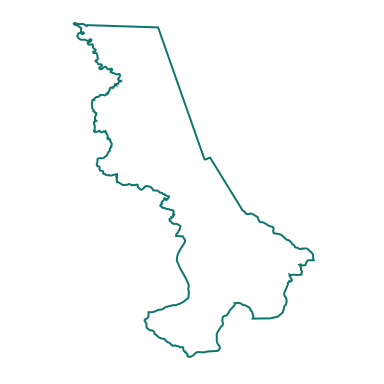 outline of Tiwintza, Morona Santiago, Ecuador, rotated 272°
{"feature_id": "8360857B5800321951611", "entity_name": "Tiwintza", "entity_type": "district", "adm_level": 2, "iso_a3": "ECU", "parent_name": "Ecuador", "parent_adm1": "Morona Santiago", "projection": "natural_earth1", "projection_center": [-77.964, -2.98], "detail": "fine", "context": "isolated", "style": "outline", "palette": "teal", "viewbox_px": 384, "rotation_deg": 272, "n_neighbors": 0, "source": "geoboundaries", "source_scale": "gbopen_adm2", "svg_char_len": 5916}
<svg xmlns="http://www.w3.org/2000/svg" viewBox="0 0 384 384"><g transform="rotate(272 192 192)"><path d="M128.1,316.0L129.6,315.4L130.6,315.5L134.4,314.8L138.8,309.9L139.4,308.8L139.6,307.5L139.4,305.7L139.1,304.9L139.3,303.6L138.6,302.6L138.7,302.0L139.8,299.5L140.4,297.0L142.1,296.1L143.5,293.9L145.1,292.9L146.5,291.5L147.2,290.4L147.6,288.3L147.9,287.8L149.2,286.2L150.2,285.6L150.9,284.1L151.9,283.5L152.9,280.9L153.5,276.8L153.6,275.1L155.4,274.5L158.5,274.8L159.9,274.0L160.6,270.6L162.8,266.9L164.2,263.9L164.3,261.5L164.6,260.6L167.3,259.1L168.7,258.8L169.6,257.9L170.7,255.7L171.7,254.2L172.6,251.4L171.8,249.0L172.0,246.9L173.9,245.4L175.5,243.1L227.0,208.9L224.7,203.6L224.4,203.6L355.3,152.4L355.1,81.4L354.4,81.3L354.3,80.9L354.3,80.4L356.2,77.5L355.8,72.9L356.1,71.2L356.7,69.7L356.7,68.4L356.0,68.0L354.9,69.2L354.5,72.1L352.9,73.7L352.4,75.3L351.3,75.7L349.7,75.2L348.7,75.5L347.8,76.7L347.6,78.0L347.0,78.4L346.3,77.9L346.1,77.2L346.9,74.4L346.7,73.3L346.4,72.9L344.5,72.1L343.5,71.9L342.7,72.3L340.8,74.5L340.3,76.2L340.5,79.5L339.7,81.3L339.5,82.4L339.9,83.6L341.1,85.0L340.9,86.0L340.1,86.1L339.0,85.7L337.7,82.9L336.6,82.5L335.7,83.8L336.0,87.5L335.5,87.8L333.0,88.0L331.9,88.9L330.9,90.7L330.3,90.7L329.6,90.3L328.9,88.6L328.5,88.3L327.6,88.6L327.4,91.7L325.2,92.7L323.5,92.8L321.7,93.4L320.9,92.8L320.0,91.1L319.3,91.0L318.2,92.9L316.5,93.9L316.3,94.7L316.5,96.8L315.8,97.5L315.3,97.6L314.3,97.1L313.3,95.3L312.8,94.9L312.0,95.2L311.5,96.2L311.6,97.5L313.8,99.9L314.2,100.9L314.0,101.5L311.9,103.4L311.7,104.2L312.3,106.2L312.3,107.5L311.3,108.0L310.7,107.6L310.0,106.4L309.1,106.4L308.5,107.6L307.9,110.2L306.8,112.5L307.4,115.4L306.2,116.0L305.3,115.9L303.9,115.3L302.8,114.3L301.8,114.2L300.9,115.3L300.7,117.3L300.0,117.0L300.0,116.0L298.9,114.6L297.6,114.5L297.1,112.0L296.1,112.5L296.6,111.2L295.4,111.2L294.2,109.3L293.5,109.8L293.3,109.7L293.7,108.2L293.2,106.6L292.5,106.3L292.2,106.6L290.4,105.7L289.3,105.5L288.5,104.2L287.6,104.5L287.5,103.7L286.5,103.4L286.6,102.7L285.8,102.1L285.5,101.4L285.8,100.0L285.9,97.6L285.4,96.3L284.7,96.2L284.0,95.5L283.7,94.6L283.7,93.1L281.7,91.1L280.6,91.2L280.4,90.7L280.6,89.5L279.2,88.9L278.3,89.2L277.1,88.8L272.0,89.4L270.6,90.7L269.3,90.6L268.9,91.9L267.9,92.2L267.4,93.7L265.9,93.5L264.0,92.6L262.3,92.4L261.7,92.7L260.5,92.5L259.7,93.9L258.7,92.0L257.8,91.6L254.1,92.6L251.7,92.5L250.5,92.7L250.0,92.0L249.3,92.0L248.6,92.6L248.7,94.3L249.1,95.6L250.0,97.5L248.7,98.4L248.5,99.7L249.5,101.7L249.0,102.3L249.8,103.2L249.3,103.3L248.6,104.4L247.5,104.2L245.8,105.7L244.4,105.7L243.6,106.1L242.5,105.5L242.1,106.0L242.5,107.2L242.2,107.9L241.5,108.2L240.9,108.0L240.2,108.8L239.3,108.7L238.3,109.7L237.1,110.3L235.1,109.4L234.4,109.9L232.4,108.3L230.5,108.5L229.2,107.2L225.6,105.6L223.0,102.6L222.5,101.2L222.7,98.5L221.8,96.5L218.4,96.4L217.2,96.0L215.4,95.9L214.5,96.7L214.2,98.2L213.7,98.8L211.7,98.7L210.3,99.3L209.6,102.3L209.1,102.6L207.5,102.5L206.9,103.4L207.1,104.4L206.2,105.0L205.7,107.1L206.0,108.5L205.7,109.3L205.6,111.1L206.2,112.2L207.2,116.5L206.0,116.7L204.6,115.7L204.1,116.7L202.2,116.2L201.6,116.2L201.2,116.7L199.2,116.7L199.2,118.0L196.6,122.6L197.0,127.3L197.8,128.8L197.7,129.5L196.5,131.6L197.1,132.6L196.7,134.3L197.4,136.0L197.3,137.3L196.6,137.7L195.6,137.5L194.6,138.1L192.5,141.0L192.6,141.6L194.0,143.5L195.6,144.7L196.4,145.9L196.4,146.6L195.8,149.8L194.7,151.6L192.2,153.4L192.3,156.3L192.0,157.8L190.4,159.9L189.9,162.4L189.1,162.9L188.8,163.6L188.8,164.9L187.9,165.1L186.7,169.2L184.4,168.1L184.2,167.1L183.1,166.8L183.3,166.1L184.8,165.1L184.7,164.6L182.5,163.8L181.7,162.7L180.1,161.8L179.1,162.5L177.7,160.9L177.1,160.8L176.3,161.7L176.1,162.5L175.1,163.2L175.2,164.9L174.2,166.9L174.1,168.9L173.4,171.1L173.4,172.3L172.6,174.0L171.4,174.3L170.5,174.1L170.1,174.4L169.3,174.2L168.9,175.0L167.9,174.5L167.7,173.7L167.0,173.9L166.4,173.7L166.1,172.2L165.4,172.4L164.8,172.2L164.4,170.6L162.9,170.6L162.0,171.1L161.7,172.2L160.4,172.9L159.4,175.2L159.7,177.2L159.0,179.4L157.4,181.7L154.2,181.0L152.7,180.0L150.8,179.3L149.5,177.8L147.5,177.6L147.4,184.3L143.6,186.7L142.5,186.8L141.4,186.5L133.5,181.9L130.1,180.4L127.4,179.5L124.1,179.2L122.5,179.4L116.0,182.5L105.9,188.6L99.3,191.9L98.0,192.1L94.9,191.6L91.9,192.4L86.7,192.1L85.7,191.6L82.2,187.6L79.8,183.7L78.1,178.8L78.4,177.7L76.0,169.4L73.9,166.7L73.5,165.4L73.0,162.5L71.0,158.4L70.4,155.3L70.4,152.8L66.0,152.8L65.3,152.5L64.0,151.5L63.2,149.7L62.5,149.2L61.8,149.2L61.3,149.8L60.7,149.8L58.4,151.2L56.1,151.2L54.5,151.6L54.1,152.4L53.2,153.3L52.2,155.3L52.4,156.1L52.1,157.7L50.4,159.4L48.9,159.5L48.2,160.8L45.7,163.8L44.6,166.3L44.1,169.6L43.3,170.2L42.5,171.4L41.9,171.7L40.9,173.1L40.7,174.4L39.4,176.0L38.7,176.4L38.2,177.7L37.6,178.1L38.1,180.7L37.5,182.0L37.4,183.8L36.4,185.4L36.6,186.4L36.4,188.5L33.4,189.0L32.2,190.2L32.1,191.0L31.3,191.0L30.9,191.9L30.0,192.4L29.4,193.3L27.7,193.3L27.3,194.0L27.3,196.3L27.9,197.6L29.0,199.1L31.1,201.1L31.8,202.1L32.3,203.3L32.1,209.1L33.2,213.3L34.0,222.5L34.6,223.8L36.6,225.3L37.8,225.3L39.3,224.6L40.8,223.1L43.6,222.0L51.3,221.7L58.0,225.4L59.9,227.3L62.1,227.5L63.2,227.0L64.8,226.8L67.2,226.9L68.5,227.5L69.1,228.4L70.1,231.2L73.3,233.2L75.4,234.1L79.9,238.2L81.4,238.8L82.4,238.4L82.9,242.0L82.4,242.5L82.7,243.2L82.4,244.6L80.7,247.1L80.8,248.3L80.5,249.3L78.6,253.1L77.1,254.4L75.9,254.4L75.2,255.6L72.6,256.9L69.5,257.7L67.6,257.1L68.4,274.3L70.4,282.0L74.5,286.7L77.8,287.7L80.8,288.1L82.6,289.6L84.7,290.3L88.0,290.2L90.3,289.2L91.6,288.0L93.1,287.7L94.4,287.8L102.9,291.1L104.0,290.9L104.8,291.2L105.3,291.8L106.3,292.2L106.4,292.8L105.9,293.5L106.5,294.5L107.1,294.9L107.6,294.9L111.4,292.5L112.8,292.3L112.4,292.9L113.0,297.0L112.7,298.4L113.0,303.5L113.3,304.3L114.3,304.1L115.3,304.6L116.6,304.6L118.1,303.5L120.3,303.6L121.7,303.0L123.0,301.8L123.4,303.2L122.4,303.5L122.8,307.7L126.2,309.0L127.7,310.0L128.1,316.0Z" fill="none" stroke="#0f766e" stroke-width="2"/></g></svg>